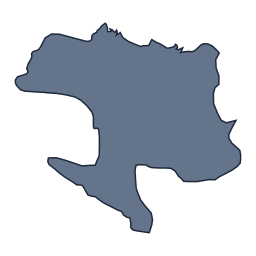 Banja Luka, Natural Earth projection
{"feature_id": "BIH-4802", "entity_name": "Banja Luka", "entity_type": "state/province", "adm_level": 1, "iso_a3": "BIH", "parent_name": "Bosnia and Herzegovina", "parent_adm1": "", "projection": "natural_earth1", "projection_center": [17.075, 44.676], "detail": "fine", "context": "isolated", "style": "filled", "palette": "slate", "viewbox_px": 256, "rotation_deg": 0, "n_neighbors": 0, "source": "natural_earth", "source_scale": "10m", "svg_char_len": 2444}
<svg xmlns="http://www.w3.org/2000/svg" viewBox="0 0 256 256"><path d="M105.1,23.3L106.3,24.3L107.4,27.9L107.5,29.2L107.5,30.7L108.2,31.7L111.0,31.4L110.7,30.2L110.1,29.0L112.1,29.7L113.8,31.5L115.2,32.4L116.5,30.2L117.0,31.5L117.2,32.5L117.1,33.6L116.5,35.0L117.3,34.4L119.5,33.2L120.3,32.6L122.9,37.7L128.7,41.6L132.3,43.1L140.7,46.6L142.2,45.9L148.7,45.5L149.2,44.7L151.8,39.6L157.1,42.7L159.6,43.6L164.1,46.3L165.4,47.2L167.2,48.2L169.7,47.9L174.2,46.6L174.5,46.1L174.9,45.0L175.5,44.3L176.5,44.9L177.3,46.1L177.5,47.0L177.1,48.0L176.1,49.1L177.8,49.6L179.4,49.3L182.7,47.8L181.4,51.4L180.7,52.5L181.7,52.2L188.5,51.4L191.5,51.7L193.0,51.5L195.8,49.9L200.8,45.1L203.7,43.7L208.2,44.0L212.2,46.0L215.9,49.3L219.2,53.1L215.7,59.7L216.1,68.0L218.9,75.8L218.9,84.3L214.9,87.8L213.4,93.6L213.6,103.8L218.1,114.6L221.3,120.4L226.4,122.8L236.0,120.4L231.2,129.4L228.9,134.3L228.9,138.2L231.8,143.1L236.5,147.3L239.8,150.3L240.6,155.0L240.6,159.2L240.1,163.3L236.8,166.8L231.9,170.2L226.3,173.2L219.5,176.6L215.1,179.7L214.8,179.8L209.0,179.6L197.1,181.6L188.5,181.6L183.7,181.3L181.3,178.6L178.6,176.4L175.1,171.0L170.8,168.3L165.9,168.0L159.5,168.0L151.7,167.6L148.0,166.4L146.3,164.9L139.3,164.7L136.0,165.4L135.0,170.4L135.6,180.7L136.2,188.3L138.3,194.3L140.6,199.9L144.0,204.6L151.2,213.0L152.5,219.7L151.8,224.6L150.6,228.5L149.3,232.6L149.2,232.7L136.6,230.8L132.9,230.0L130.9,227.8L130.7,222.4L129.9,217.9L126.8,217.2L123.7,215.2L121.5,211.5L117.5,210.0L111.0,206.6L104.0,203.1L98.6,199.4L95.4,196.7L92.9,196.5L88.0,195.0L85.5,190.8L83.8,187.6L82.2,185.4L80.1,184.9L76.8,184.9L73.1,182.2L64.7,177.0L58.9,172.6L55.0,169.1L50.8,165.9L49.0,164.4L47.8,161.5L48.4,158.0L51.1,157.8L56.4,157.8L64.5,160.0L74.1,163.2L81.8,165.9L89.4,165.4L95.3,165.2L96.4,162.2L97.8,158.8L99.2,155.8L99.4,146.0L99.4,137.4L98.8,130.2L97.6,128.2L94.1,128.5L93.4,126.5L93.4,123.6L93.4,116.7L92.0,112.2L86.8,105.6L80.8,100.2L75.1,97.0L68.0,95.3L62.9,94.3L55.5,93.3L47.6,92.8L43.3,92.3L33.8,91.8L24.8,91.1L20.6,89.8L16.7,85.7L15.4,83.0L15.4,80.0L17.5,76.8L23.9,74.8L27.0,73.6L27.8,71.9L27.9,70.5L27.1,69.4L26.7,68.7L28.2,63.8L30.9,59.2L31.6,57.8L31.9,55.8L31.6,54.6L31.6,53.7L32.6,52.1L33.8,51.3L37.4,50.3L38.8,49.3L40.7,46.7L45.2,37.9L51.6,34.0L59.4,34.2L86.4,41.4L89.9,41.0L91.6,39.7L91.8,38.4L91.7,36.9L92.4,34.9L93.8,33.7L95.3,33.1L96.7,32.3L97.4,30.3L98.5,29.7L99.9,28.3L101.0,26.9L101.4,26.1L105.1,23.3Z" fill="#64748b" stroke="#1e293b" stroke-width="1.5"/></svg>